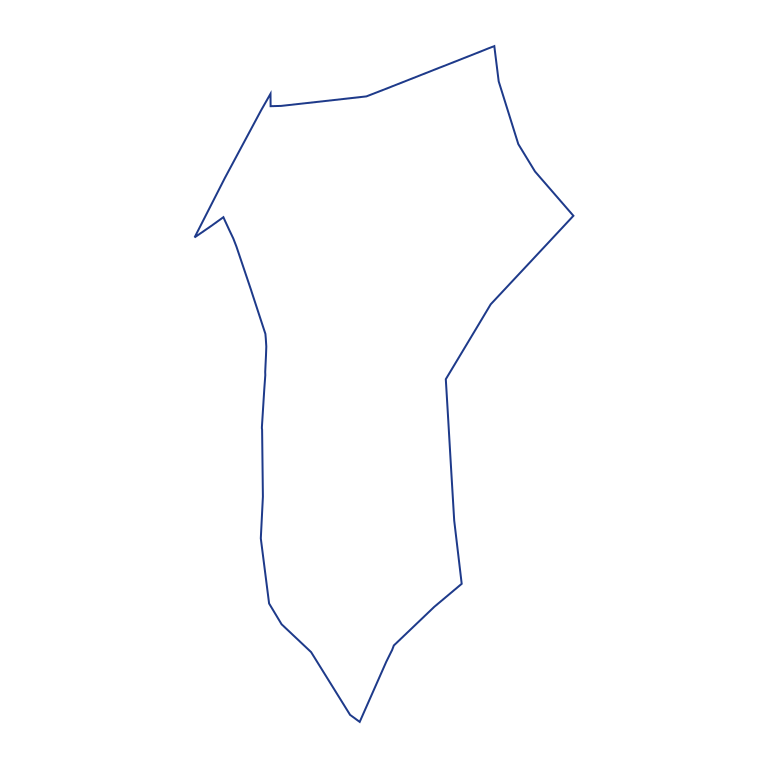 outline of Santiago Apoala, Oaxaca, Mexico
{"feature_id": "50627088B45537020444974", "entity_name": "Santiago Apoala", "entity_type": "district", "adm_level": 2, "iso_a3": "MEX", "parent_name": "Mexico", "parent_adm1": "Oaxaca", "projection": "albers", "projection_center": [-97.14, 17.639], "detail": "fine", "context": "isolated", "style": "outline", "palette": "blue", "viewbox_px": 768, "rotation_deg": 0, "n_neighbors": 0, "source": "geoboundaries", "source_scale": "gbopen_adm2", "svg_char_len": 892}
<svg xmlns="http://www.w3.org/2000/svg" viewBox="0 0 768 768"><path d="M194.6,237.4L211.0,226.1L223.4,217.2L225.0,220.8L229.4,230.3L233.3,238.5L236.4,246.5L251.3,290.7L251.4,291.1L265.4,333.9L265.8,338.6L266.3,346.6L266.0,355.2L265.2,371.9L265.3,375.2L264.3,388.9L261.9,427.1L261.9,428.4L262.1,429.5L262.9,496.7L260.8,538.4L269.1,603.5L281.6,624.3L311.1,652.1L350.1,714.9L359.7,721.9L385.9,662.6L386.0,662.3L391.4,651.4L392.0,650.3L393.4,646.6L393.6,646.1L393.8,645.5L434.3,606.8L461.7,583.8L454.2,520.5L450.8,463.7L448.3,421.0L445.8,379.2L476.9,327.4L490.7,304.3L541.2,250.3L573.4,215.8L535.0,171.5L518.3,144.1L498.7,81.4L494.3,46.1L489.7,47.9L489.1,48.1L486.6,49.1L486.1,49.3L484.4,50.0L483.9,50.2L442.6,66.5L439.2,67.8L391.8,86.5L391.5,86.6L391.1,86.8L366.4,96.4L281.2,105.9L270.6,106.2L270.5,93.8L261.1,110.3L224.7,178.3L194.6,237.4Z" fill="none" stroke="#1e3a8a" stroke-width="2"/></svg>